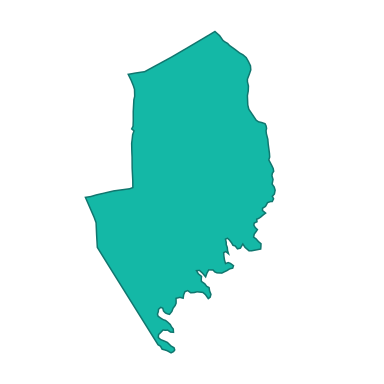 outline of Araguanã, Maranhão, Brazil, rotated 153°
{"feature_id": "56859067B40620406351111", "entity_name": "Araguanã", "entity_type": "district", "adm_level": 2, "iso_a3": "BRA", "parent_name": "Brazil", "parent_adm1": "Maranhão", "projection": "robinson", "projection_center": [-45.784, -3.062], "detail": "fine", "context": "isolated", "style": "filled", "palette": "teal", "viewbox_px": 384, "rotation_deg": 153, "n_neighbors": 0, "source": "geoboundaries", "source_scale": "gbopen_adm2", "svg_char_len": 2657}
<svg xmlns="http://www.w3.org/2000/svg" viewBox="0 0 384 384"><g transform="rotate(153 192 192)"><path d="M291.6,71.3L290.1,68.9L290.0,65.5L288.1,63.8L286.2,61.9L283.7,58.2L280.9,58.2L279.1,59.1L278.7,61.4L280.6,64.3L282.2,69.1L284.0,71.4L286.9,74.7L288.1,77.6L286.5,80.2L284.4,80.8L280.4,82.2L278.7,81.0L276.4,80.0L274.8,77.0L272.2,75.4L270.9,78.4L271.5,81.3L271.5,83.7L272.8,87.2L273.9,89.6L275.6,91.3L277.3,94.1L278.6,96.7L278.2,98.9L276.4,100.6L275.1,102.7L272.2,103.4L270.8,101.7L271.4,98.9L270.6,96.3L269.2,94.6L267.6,93.2L264.2,94.7L261.7,97.0L258.6,98.5L256.7,100.1L255.7,102.0L254.5,104.5L250.6,103.6L248.1,101.4L246.1,104.2L243.5,106.4L240.6,106.1L238.9,102.8L235.7,101.4L232.8,100.8L227.9,97.6L226.6,94.5L225.9,89.6L223.6,90.0L221.6,92.2L221.2,95.9L220.2,99.1L221.8,101.4L222.2,104.2L224.2,108.1L223.3,110.2L221.8,112.5L223.5,116.1L223.7,119.9L221.0,118.8L219.5,114.9L218.4,110.2L215.7,112.8L212.5,115.0L208.7,113.0L208.0,110.5L206.4,108.6L202.2,106.2L199.5,106.2L196.6,106.1L193.4,106.4L190.3,105.7L188.5,107.5L190.1,110.8L191.8,112.7L194.6,113.0L194.0,116.4L192.7,120.4L191.3,123.6L188.9,123.6L187.5,120.4L186.9,123.6L185.7,126.7L185.4,129.5L184.3,131.8L183.6,134.8L181.4,134.7L180.5,132.4L179.8,128.5L179.7,125.9L178.0,124.3L177.3,120.7L174.4,120.0L170.3,122.6L169.9,118.6L167.9,113.7L165.4,112.5L159.5,110.8L156.7,110.0L155.5,111.9L154.0,114.6L155.3,117.6L156.2,121.2L157.6,123.8L155.7,126.2L152.5,127.8L150.8,128.8L151.8,131.6L152.0,134.4L150.6,136.1L147.6,136.0L146.7,138.4L144.7,138.2L142.1,138.5L138.8,139.3L136.0,139.8L137.6,143.5L136.5,145.5L133.1,145.8L131.4,146.9L129.6,148.2L126.6,147.9L124.8,147.1L122.4,148.9L122.4,151.7L119.5,152.8L117.1,155.9L116.5,159.1L117.0,162.7L114.1,166.4L113.4,170.2L111.9,172.2L109.8,173.4L109.0,176.1L108.9,179.4L109.0,185.7L106.9,187.9L105.4,191.4L102.3,200.2L100.5,204.6L99.3,210.1L98.2,213.0L96.7,214.8L96.0,217.2L95.9,219.7L98.3,222.2L100.9,224.4L102.2,226.8L103.8,239.9L102.8,244.2L98.9,252.7L96.0,256.5L93.6,260.8L92.6,265.0L91.4,267.4L87.5,270.9L84.2,274.1L82.6,277.9L82.5,282.7L82.7,287.1L84.3,291.1L86.5,294.3L88.7,299.0L92.1,305.6L92.8,308.2L94.4,310.6L95.6,312.9L96.4,318.7L98.7,324.6L126.7,322.8L148.9,321.5L179.6,320.7L182.2,321.6L188.8,323.8L191.2,324.5L195.4,325.8L195.5,319.1L196.0,313.2L196.6,309.6L199.6,303.3L201.9,300.6L207.8,290.4L212.0,282.1L214.7,277.3L217.1,275.6L215.9,272.8L218.8,270.1L221.6,265.8L223.7,262.7L226.5,256.9L228.0,253.7L229.5,250.4L234.5,240.4L239.7,228.8L242.7,222.8L246.1,223.2L261.2,228.5L278.8,232.9L284.3,233.9L289.4,235.6L290.7,213.8L291.4,208.2L296.5,197.0L301.5,185.6L299.9,166.6L291.6,71.3Z" fill="#14b8a6" stroke="#0f766e" stroke-width="1.5"/></g></svg>